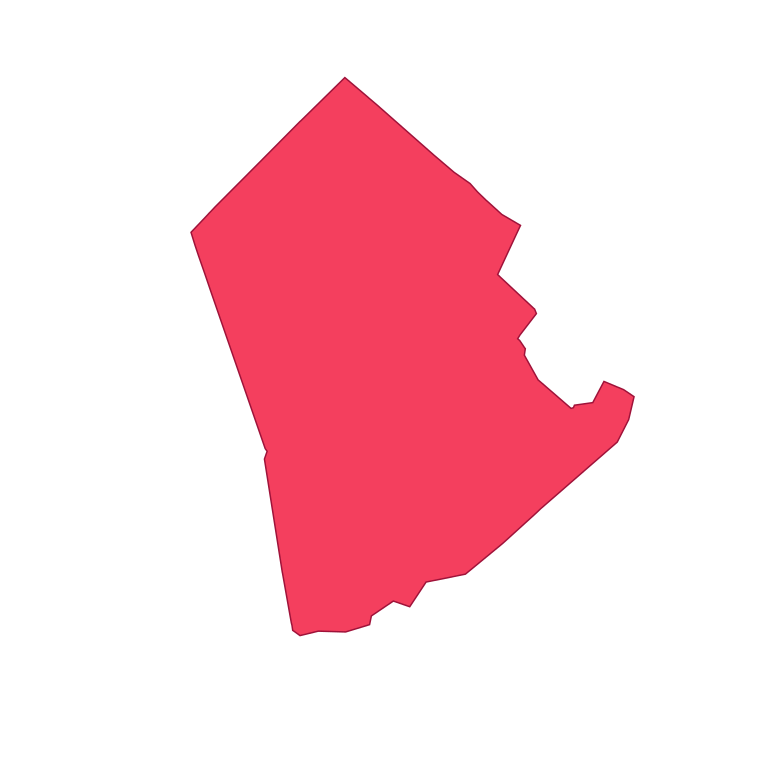 Wake, North Carolina, United States of America, rotated 114°
{"feature_id": "52423323B47689495133402", "entity_name": "Wake", "entity_type": "district", "adm_level": 2, "iso_a3": "USA", "parent_name": "United States of America", "parent_adm1": "North Carolina", "projection": "robinson", "projection_center": [-78.683, 35.798], "detail": "fine", "context": "isolated", "style": "filled", "palette": "rose", "viewbox_px": 768, "rotation_deg": 114, "n_neighbors": 0, "source": "geoboundaries", "source_scale": "gbopen_adm2", "svg_char_len": 1179}
<svg xmlns="http://www.w3.org/2000/svg" viewBox="0 0 768 768"><g transform="rotate(114 384 384)"><path d="M177.3,567.0L178.3,567.5L225.8,585.5L232.4,588.0L290.8,610.3L297.9,612.8L298.9,613.2L301.4,614.0L323.9,622.0L334.2,613.0L334.3,612.9L342.5,605.4L356.1,592.6L371.1,578.7L491.4,466.2L493.0,463.4L501.2,462.7L597.4,400.3L598.2,399.7L639.9,371.5L641.9,369.9L646.2,367.2L646.3,366.7L646.5,365.5L648.0,358.4L636.5,343.5L626.1,318.2L609.7,299.3L601.0,301.2L578.5,287.2L577.0,269.9L547.8,265.0L524.6,232.3L481.5,210.8L439.5,192.3L434.3,190.2L342.2,147.3L317.0,146.0L293.9,150.4L291.7,162.8L291.8,168.0L291.9,170.1L292.2,184.1L316.1,185.7L325.9,201.4L328.6,201.3L330.2,203.2L317.5,245.1L317.1,245.5L310.5,254.3L300.6,267.5L294.2,269.3L293.9,270.0L293.6,270.5L289.2,277.5L288.9,278.1L288.8,278.6L288.5,279.6L288.3,280.3L283.8,279.7L257.7,273.4L254.3,276.9L254.0,278.0L249.0,292.5L239.0,321.4L238.9,321.6L237.8,324.7L236.6,324.7L193.4,324.0L183.6,323.8L181.2,345.3L174.9,364.4L174.7,365.2L171.7,373.4L170.4,376.9L165.9,386.8L162.1,406.1L154.4,432.2L132.9,500.8L132.7,501.3L128.7,514.9L128.6,515.1L120.0,544.4L177.3,567.0Z" fill="#f43f5e" stroke="#9f1239" stroke-width="1.5"/></g></svg>